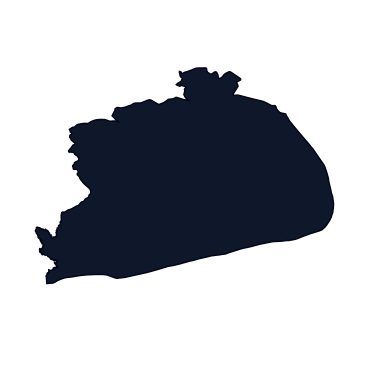 outline of Bung Khla, Bueng Kan, Thailand, rotated 105°
{"feature_id": "78962969B45700319590301", "entity_name": "Bung Khla", "entity_type": "district", "adm_level": 2, "iso_a3": "THA", "parent_name": "Thailand", "parent_adm1": "Bueng Kan", "projection": "equal_earth", "projection_center": [104.009, 18.247], "detail": "fine", "context": "isolated", "style": "filled", "palette": "ink", "viewbox_px": 384, "rotation_deg": 105, "n_neighbors": 0, "source": "geoboundaries", "source_scale": "gbopen_adm2", "svg_char_len": 6020}
<svg xmlns="http://www.w3.org/2000/svg" viewBox="0 0 384 384"><g transform="rotate(105 192 192)"><path d="M318.0,308.5L315.9,302.7L315.3,302.1L314.9,301.4L312.1,298.7L310.5,296.7L308.0,293.0L306.8,290.5L305.1,286.1L301.7,278.7L299.1,271.8L296.5,263.5L294.7,256.7L294.3,254.1L294.1,252.3L294.8,244.7L294.8,242.3L291.8,234.7L281.1,214.2L275.5,204.7L272.1,199.3L271.6,198.3L270.2,196.3L268.0,191.5L264.8,185.5L259.6,176.8L257.5,172.7L255.0,168.7L250.9,160.9L248.6,156.8L245.9,150.1L245.6,149.1L245.1,148.3L243.2,143.7L240.7,140.2L233.6,129.0L229.6,121.2L224.8,112.9L219.0,101.1L216.3,92.8L214.5,88.4L213.8,86.0L211.3,80.7L209.8,78.2L206.8,74.3L201.3,66.5L196.5,58.8L194.7,56.6L192.1,54.9L189.7,53.7L186.3,52.5L183.3,51.6L180.4,51.1L175.2,50.8L171.5,51.3L167.7,52.0L165.6,52.7L160.1,55.0L156.8,57.2L154.1,58.5L146.0,62.9L143.7,63.7L137.5,67.4L133.5,70.1L131.7,71.6L121.1,84.1L119.4,85.9L117.7,88.5L115.6,91.3L107.2,103.6L98.5,115.8L93.7,120.7L92.4,121.7L92.6,127.2L92.5,127.7L91.6,129.5L89.8,131.8L87.8,133.2L87.2,133.9L87.2,134.7L87.8,136.6L87.9,137.9L86.4,144.5L86.1,146.9L86.4,158.1L86.5,172.5L87.7,176.4L87.6,177.3L87.0,177.6L85.9,177.4L78.0,174.9L77.1,175.3L75.1,177.0L74.4,177.2L73.9,177.0L71.3,174.2L70.6,174.2L70.1,174.5L69.8,175.0L66.4,184.8L66.0,186.5L66.5,187.6L68.3,189.7L70.0,191.2L73.1,192.6L74.8,194.0L75.2,194.7L75.2,195.4L75.0,196.1L71.8,197.5L69.9,199.4L69.9,200.4L70.2,201.1L72.9,203.5L73.3,204.3L73.3,204.9L72.6,207.3L72.2,208.1L71.2,209.0L68.9,210.0L68.7,210.4L68.7,211.1L70.9,218.9L71.4,220.1L76.6,227.2L78.5,230.4L80.1,231.8L80.2,232.3L80.0,232.6L78.8,234.0L78.8,235.3L79.7,235.2L80.6,234.6L83.2,233.3L83.8,232.6L84.3,231.2L84.7,230.9L85.1,230.8L87.8,231.1L91.0,234.2L92.4,234.9L92.7,233.8L93.0,231.2L92.9,231.0L92.0,230.5L91.8,230.0L91.8,227.3L92.0,225.9L92.3,225.0L92.7,224.9L94.6,225.9L95.7,225.4L97.3,225.0L98.4,225.2L99.1,225.0L100.1,225.0L102.5,222.8L104.4,219.0L104.9,223.9L104.6,231.0L104.7,231.7L105.0,232.3L106.7,234.0L108.7,238.9L110.1,239.9L112.9,242.3L115.9,246.3L116.0,247.4L113.9,255.1L113.9,256.8L114.3,257.7L115.2,259.1L119.2,264.3L120.7,269.5L121.2,270.5L121.5,271.1L124.1,273.6L125.5,275.9L127.3,278.3L129.1,282.0L129.4,283.4L129.6,285.7L130.1,286.5L131.3,287.7L133.1,287.6L138.9,288.9L139.1,288.8L143.5,281.6L143.5,285.6L144.8,289.1L144.9,289.9L144.6,294.9L145.5,298.8L146.7,302.3L147.7,304.3L149.5,306.9L150.2,307.8L152.2,309.5L152.8,310.5L153.1,311.3L153.4,313.1L154.1,315.1L156.2,319.6L157.2,320.7L159.7,322.3L160.5,324.2L162.2,325.6L163.1,326.6L163.4,326.6L164.5,325.5L165.4,325.1L166.0,323.8L166.8,323.3L167.6,323.4L168.2,324.2L168.7,324.5L169.6,324.6L170.9,324.1L171.3,323.5L173.2,321.8L174.5,319.0L174.8,317.7L175.1,317.5L176.4,317.6L177.4,319.0L181.0,320.4L183.1,321.5L184.1,321.8L184.9,321.6L185.3,321.0L184.7,319.2L184.7,318.3L184.4,317.7L184.6,317.3L184.4,316.8L184.6,316.1L185.5,315.3L185.9,315.2L185.9,314.8L186.1,314.6L186.4,313.8L186.3,312.9L187.8,311.2L188.3,310.1L188.7,309.9L189.4,310.1L190.3,309.5L191.2,310.0L193.2,312.3L194.0,313.1L194.5,313.1L195.1,312.7L197.2,314.0L198.5,313.8L199.0,313.0L200.4,312.6L200.7,312.3L200.7,312.0L199.9,309.4L199.9,309.1L200.2,308.6L201.8,307.1L202.8,306.9L203.8,307.6L205.0,307.2L206.3,304.9L208.0,303.6L208.7,302.9L211.5,299.1L212.6,297.2L214.8,292.6L216.0,290.9L217.4,290.0L218.7,289.6L220.0,289.6L221.5,290.6L223.3,290.6L224.0,290.8L226.4,293.2L228.4,293.9L229.3,294.4L229.7,294.9L230.1,296.0L230.5,296.3L234.5,298.3L235.6,300.1L239.7,304.2L241.6,307.2L243.8,309.1L244.6,310.3L244.9,311.9L245.5,312.5L248.8,312.2L253.0,310.9L254.0,311.1L254.4,310.9L254.8,311.5L255.8,311.4L256.4,310.8L258.7,311.5L258.7,312.0L258.9,312.2L261.1,311.8L261.3,311.9L261.6,312.7L262.5,312.3L262.9,312.8L263.4,312.4L264.3,313.0L264.5,313.0L265.0,312.2L266.1,312.8L266.4,312.3L266.8,312.5L267.4,311.9L267.7,312.0L267.8,311.7L268.0,311.5L268.2,311.8L269.5,311.6L270.4,312.1L270.7,311.9L271.2,313.2L271.0,313.6L271.3,313.9L271.7,314.2L272.0,313.8L272.7,314.1L272.9,314.6L273.0,315.7L272.2,316.3L271.9,316.1L271.5,316.4L271.1,316.1L270.9,316.9L270.5,317.2L270.1,317.1L270.2,318.0L269.8,318.3L269.7,318.9L268.7,318.9L268.4,319.5L268.2,320.2L267.9,320.2L267.6,320.6L267.3,320.6L266.6,321.6L266.8,322.1L266.5,322.8L266.9,322.5L267.0,322.6L266.5,323.4L266.9,323.6L266.7,324.1L267.2,325.1L266.7,325.3L266.5,325.9L266.4,326.7L266.6,327.0L266.7,327.9L266.4,328.4L266.4,328.8L266.2,329.0L266.2,329.7L266.0,330.2L266.3,330.9L266.0,331.6L266.1,332.6L266.6,333.1L267.5,332.7L269.4,333.2L270.1,333.2L270.5,332.8L270.6,332.4L271.3,332.2L272.2,331.5L273.2,330.1L273.8,329.8L274.7,329.0L275.3,329.1L276.0,328.4L276.5,327.3L276.3,326.4L276.7,326.4L276.4,326.0L276.6,325.7L277.0,325.8L277.2,325.6L277.4,325.8L277.6,325.5L277.7,325.9L278.0,325.6L278.3,325.7L278.5,325.2L279.1,325.1L279.2,324.8L279.6,324.4L279.8,323.6L280.1,323.4L280.4,323.7L280.8,323.3L280.9,322.0L281.6,321.3L281.8,321.3L282.1,321.8L282.5,321.7L282.9,322.1L283.8,321.5L284.2,322.0L284.8,322.0L285.2,322.3L285.7,322.1L285.7,322.9L286.3,323.6L286.2,324.4L286.9,324.4L287.3,324.0L288.1,324.0L288.3,323.4L288.6,323.2L289.1,323.6L289.3,323.5L289.5,323.1L289.1,322.4L289.2,321.5L290.1,321.7L290.7,321.5L290.8,321.2L290.2,320.9L290.0,320.4L291.2,320.1L291.1,319.9L290.6,319.7L290.4,319.2L290.4,318.9L290.9,318.3L290.9,317.8L290.9,316.8L290.5,316.1L290.5,315.6L290.8,315.0L291.5,314.5L291.8,313.0L292.7,311.8L292.8,311.2L293.3,311.1L293.3,310.8L292.9,310.3L293.0,310.0L293.5,309.8L293.5,308.6L293.1,308.1L293.1,307.7L293.9,307.7L294.2,307.4L294.2,306.9L293.7,306.3L293.1,306.8L292.9,306.4L293.1,305.5L292.9,304.8L293.5,304.1L294.5,304.7L295.1,303.9L295.5,304.0L295.8,304.6L295.8,306.3L296.1,306.5L296.9,305.6L297.8,303.9L298.1,303.7L298.4,304.0L298.6,303.9L298.4,302.8L299.0,302.1L300.1,303.0L300.0,303.7L300.5,304.4L300.5,305.2L301.2,306.2L301.8,305.8L302.4,304.8L302.6,304.8L302.6,305.6L302.3,306.2L303.8,307.2L304.5,308.3L304.3,310.2L306.8,309.4L307.0,309.6L307.5,310.6L308.2,310.9L308.7,310.9L309.3,310.4L311.0,311.2L312.2,310.5L318.0,308.5Z" fill="#0f172a" stroke="#020617" stroke-width="1.5"/></g></svg>